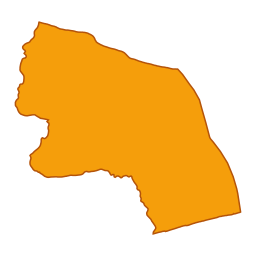 the district of Al Masilah, Al Mahrah, Yemen
{"feature_id": "15242507B86858383588753", "entity_name": "Al Masilah", "entity_type": "district", "adm_level": 2, "iso_a3": "YEM", "parent_name": "Yemen", "parent_adm1": "Al Mahrah", "projection": "mercator", "projection_center": [50.513, 15.552], "detail": "fine", "context": "isolated", "style": "filled", "palette": "amber", "viewbox_px": 256, "rotation_deg": 0, "n_neighbors": 0, "source": "geoboundaries", "source_scale": "gbopen_adm2", "svg_char_len": 5619}
<svg xmlns="http://www.w3.org/2000/svg" viewBox="0 0 256 256"><path d="M30.0,155.5L30.5,156.5L30.9,157.6L30.9,158.8L30.5,159.9L30.0,162.0L30.0,163.2L30.1,164.4L30.5,165.4L31.1,166.4L32.5,168.3L33.1,169.3L33.8,170.0L34.7,170.7L35.7,170.9L36.8,171.0L37.6,171.7L38.5,172.3L39.6,172.2L40.1,173.2L41.1,173.7L42.0,174.2L42.9,174.9L43.8,175.6L44.7,176.3L45.8,176.7L46.8,177.1L47.8,177.3L49.0,177.3L50.0,177.1L51.2,177.0L55.5,176.8L56.7,176.8L57.8,177.0L61.1,177.0L62.2,176.9L63.3,176.7L65.5,176.3L66.6,176.2L67.6,175.9L68.7,175.7L69.8,175.4L70.9,175.2L73.1,175.4L75.3,175.4L76.5,175.3L78.8,175.0L79.9,174.9L81.0,174.7L82.1,174.3L83.1,173.7L84.6,172.0L85.7,171.6L86.8,171.4L87.8,171.8L88.8,171.9L90.0,171.8L91.0,171.5L92.2,171.4L93.3,171.3L94.4,171.1L96.5,170.6L98.6,169.9L99.8,169.4L100.9,169.2L101.9,169.3L105.0,170.5L106.2,170.6L107.2,170.6L108.3,171.1L109.0,171.9L109.6,172.7L110.2,173.8L110.7,174.8L111.7,175.1L112.7,174.5L113.8,174.6L114.0,175.6L114.2,176.8L115.1,177.3L116.0,176.7L116.9,176.1L118.2,176.0L119.2,176.5L120.2,177.2L121.0,177.8L122.0,177.4L122.8,176.5L123.9,176.0L124.9,175.8L126.0,175.5L127.2,175.9L128.0,176.5L129.0,176.9L130.0,176.4L131.0,176.0L131.8,176.7L132.0,177.8L132.4,178.9L134.0,181.8L134.6,182.7L135.4,183.7L136.0,184.5L136.6,185.5L137.1,186.4L137.1,187.5L137.0,188.6L137.7,189.7L138.7,190.0L139.6,190.7L140.1,191.7L140.4,192.8L140.5,193.9L140.3,195.1L140.2,196.2L141.1,198.3L141.1,199.4L140.8,200.4L141.1,201.4L142.1,201.9L143.0,202.5L143.9,203.4L144.2,204.6L144.7,205.5L146.4,207.1L147.2,207.8L148.0,208.7L148.0,209.9L147.7,210.9L147.2,211.8L146.7,213.0L146.8,214.1L147.1,215.2L147.8,216.0L149.3,217.6L150.9,219.3L151.4,220.3L151.9,221.3L152.6,222.2L154.5,225.0L155.1,225.9L155.6,227.0L155.7,227.4L155.8,228.1L155.3,229.3L154.7,230.1L154.0,231.1L153.4,232.0L153.2,233.2L153.2,233.9L158.9,232.3L161.0,231.9L162.6,231.4L163.4,231.3L163.9,231.2L164.4,231.1L165.1,231.3L165.4,231.5L165.8,231.3L166.1,231.3L166.8,231.2L170.5,229.9L174.9,228.6L179.0,227.2L180.0,227.0L180.9,226.6L183.2,225.9L185.3,225.5L185.5,225.4L186.0,225.6L188.0,225.4L188.3,225.2L189.2,225.0L190.1,224.6L191.5,224.1L193.9,223.3L194.9,223.1L195.6,222.7L196.4,222.6L199.3,221.8L200.6,221.6L202.2,221.1L203.3,221.0L205.8,220.2L217.1,217.5L219.0,216.7L219.8,216.5L221.1,216.4L221.5,216.3L223.0,215.9L223.6,215.9L225.0,215.6L226.6,215.5L228.2,215.1L229.5,215.0L231.7,214.7L233.1,214.2L233.7,213.9L233.8,213.7L234.1,213.9L234.3,213.9L234.6,213.8L235.1,213.8L235.6,213.6L236.1,213.5L237.9,212.9L239.9,212.4L240.6,212.0L237.7,193.4L236.7,188.7L233.2,176.8L227.5,163.0L220.4,151.5L213.5,142.4L210.6,139.0L209.7,137.4L205.8,122.7L201.9,109.0L199.4,99.8L193.8,89.9L189.4,84.1L182.6,74.5L177.7,69.1L176.4,69.1L175.7,69.0L173.0,69.0L172.2,68.9L171.5,68.7L170.8,68.6L169.4,68.2L167.1,67.6L166.4,67.6L164.7,67.2L161.8,66.9L161.1,66.7L160.4,66.6L158.8,66.2L157.5,66.0L156.6,65.8L156.0,65.5L155.2,65.4L153.8,65.1L153.0,64.8L152.3,64.6L151.1,64.2L150.2,64.0L149.3,63.8L148.7,63.7L148.1,63.5L147.4,63.5L146.1,63.1L145.4,63.0L144.8,62.8L144.2,62.6L142.5,62.2L141.8,61.9L140.4,61.5L138.4,60.9L137.1,60.3L136.4,60.1L135.3,59.6L133.2,59.0L132.5,58.9L130.9,58.5L130.2,58.2L129.4,57.8L128.9,57.3L128.4,56.9L127.4,55.8L126.9,55.4L126.5,54.8L125.5,53.9L124.5,52.9L123.2,52.1L122.6,51.8L121.4,51.3L118.5,50.6L117.7,50.3L117.1,50.0L116.4,49.8L115.0,49.3L114.3,49.1L113.4,48.9L111.9,48.6L110.3,48.2L109.0,47.8L106.8,47.0L105.4,46.6L104.1,46.2L103.3,45.9L102.1,45.3L101.5,45.0L100.6,44.7L100.0,44.3L98.4,43.4L97.7,43.0L97.0,42.5L96.3,41.9L95.9,41.1L95.0,39.7L94.6,38.4L94.2,37.8L93.8,37.2L93.3,36.5L92.8,36.0L91.7,35.2L90.5,34.5L89.8,34.2L88.5,33.6L87.9,33.2L86.3,32.8L84.5,32.4L83.5,32.4L82.8,32.2L81.2,32.2L78.2,32.1L76.0,31.7L74.6,31.2L73.8,31.1L73.2,30.9L71.6,30.7L70.9,30.6L68.6,30.2L67.8,30.1L67.1,30.1L66.4,30.1L65.0,29.9L63.5,29.5L61.9,29.2L61.1,29.1L59.7,28.8L59.1,28.5L56.9,27.5L56.2,27.0L55.5,26.8L54.6,26.4L51.4,25.7L50.7,25.4L50.1,25.2L49.5,24.9L48.7,24.7L47.5,24.2L46.8,24.1L46.0,23.9L45.2,23.7L44.5,23.6L42.5,23.1L41.8,22.9L40.4,22.5L39.7,22.3L39.1,22.1L38.9,22.5L38.7,23.7L38.5,24.9L37.7,27.0L37.1,28.0L35.5,29.8L34.9,30.7L34.4,31.7L34.3,32.8L34.3,33.9L34.5,35.3L34.3,36.4L33.7,37.5L32.9,38.4L32.0,39.1L31.2,39.8L30.5,40.7L29.9,41.7L29.0,42.4L26.7,43.2L25.8,43.7L24.8,44.3L24.0,45.1L23.2,45.9L22.7,46.8L22.7,47.9L23.2,48.9L23.9,49.7L24.9,50.3L25.4,51.4L24.7,52.4L24.1,53.4L24.9,54.2L25.7,54.9L26.2,55.9L26.2,56.9L25.4,57.9L24.3,58.1L23.3,58.5L22.4,59.1L22.0,60.1L21.7,61.2L21.2,62.4L20.8,63.5L20.5,64.9L20.3,66.0L20.1,67.2L20.1,68.3L20.0,69.5L20.2,70.7L20.8,71.6L21.5,72.6L22.2,73.4L23.5,75.2L23.9,76.2L24.0,77.3L24.0,78.5L23.8,80.9L23.6,82.0L23.2,83.0L22.5,83.9L21.5,84.1L20.4,84.2L19.7,85.0L19.6,86.1L19.1,87.1L18.2,88.0L17.8,89.0L18.2,90.0L18.7,91.0L19.1,92.1L18.9,93.2L18.3,94.2L18.2,95.3L18.5,97.8L18.0,98.7L17.1,99.5L16.3,100.4L15.4,102.3L15.4,103.4L15.4,104.5L15.5,105.6L16.1,106.5L16.8,107.3L17.4,108.4L17.6,109.4L18.5,111.4L19.1,112.4L19.9,113.3L20.8,114.1L21.8,114.5L22.8,114.9L24.9,115.6L26.0,115.7L27.1,115.8L29.3,115.4L31.6,115.0L32.7,114.8L33.9,114.8L34.9,114.8L35.9,115.5L37.8,116.7L38.8,117.2L39.8,117.9L40.8,118.4L42.0,118.5L43.0,118.7L44.1,118.9L47.4,119.6L48.4,119.9L47.8,120.8L47.0,121.5L47.8,122.5L48.8,123.1L49.0,124.3L48.8,125.4L48.3,126.5L48.1,127.8L48.2,129.0L48.6,130.0L48.6,131.2L48.5,132.3L48.3,133.5L48.0,134.7L47.7,135.8L46.4,137.4L45.5,138.2L44.5,138.6L43.4,138.2L42.4,137.8L41.6,138.4L41.2,139.4L41.2,141.7L41.0,142.9L40.4,145.2L39.9,146.2L39.3,147.1L38.5,148.0L37.8,148.7L36.0,150.1L34.3,151.5L33.4,152.5L32.6,153.3L31.6,154.0L30.7,154.6L30.0,155.5Z" fill="#f59e0b" stroke="#b45309" stroke-width="1.5"/></svg>